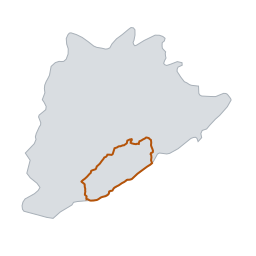 location of West Bosnia within Bosnia and Herzegovina, rotated 278°
{"feature_id": "BIH-2224", "entity_name": "West Bosnia", "entity_type": "Canton", "adm_level": 1, "iso_a3": "BIH", "parent_name": "Bosnia and Herzegovina", "parent_adm1": "", "projection": "orthographic", "projection_center": [16.924, 43.992], "detail": "fine", "context": "in_parent", "style": "outline", "palette": "amber", "viewbox_px": 256, "rotation_deg": 278, "n_neighbors": 0, "source": "natural_earth", "source_scale": "10m", "svg_char_len": 3444}
<svg xmlns="http://www.w3.org/2000/svg" viewBox="0 0 256 256"><g transform="rotate(278 128 128)"><path d="M213.8,56.7L214.3,58.3L213.3,64.0L211.3,70.1L207.9,76.6L204.4,82.6L203.5,85.8L203.4,90.8L203.0,94.8L203.6,96.9L204.9,98.9L209.0,100.4L214.7,104.2L219.6,109.2L225.9,114.9L227.9,117.0L227.9,119.4L226.2,121.2L221.0,122.0L215.6,121.7L213.5,121.1L211.6,121.9L210.4,123.3L211.1,124.8L216.9,131.8L223.7,141.9L224.2,146.2L223.5,149.7L222.0,152.2L219.3,151.9L217.2,150.0L214.1,150.3L211.7,150.9L208.6,154.7L207.0,154.5L204.3,155.2L202.6,155.9L199.9,154.9L197.0,154.3L195.8,155.5L195.3,157.6L197.2,161.5L200.6,167.6L200.2,172.4L197.7,172.9L195.3,169.1L193.2,168.5L190.9,168.7L185.6,173.3L181.7,177.3L180.9,180.0L179.5,182.9L179.1,185.0L179.3,192.0L172.2,193.3L170.7,194.4L169.9,196.5L170.7,205.5L171.3,210.4L175.6,217.8L175.8,220.1L175.2,221.7L172.3,224.7L171.0,225.8L170.0,226.2L165.2,224.3L162.9,223.4L153.2,217.0L148.9,213.3L142.2,208.6L138.0,206.0L135.9,201.8L132.6,200.9L128.7,202.3L124.3,199.3L127.4,197.7L128.2,196.3L127.8,194.3L126.4,191.7L114.5,180.5L108.7,172.8L107.7,170.0L107.6,162.6L106.3,160.8L97.7,157.5L88.0,147.9L78.2,138.5L76.8,135.8L71.8,128.7L65.6,122.2L60.7,118.0L56.7,113.3L52.3,106.7L50.1,96.7L48.1,87.9L46.8,84.4L44.0,83.2L35.4,72.6L28.1,66.4L28.2,59.9L29.6,48.9L31.1,36.5L32.9,34.8L36.3,33.9L40.1,34.3L43.4,35.9L49.9,44.5L53.7,47.8L56.9,49.1L60.6,45.6L65.1,38.1L69.1,34.1L82.4,35.6L88.9,29.8L99.5,37.4L103.9,38.5L106.3,37.5L109.7,37.9L117.1,40.1L118.8,41.0L121.1,40.9L126.5,37.9L128.4,38.2L134.7,44.0L137.9,44.0L141.7,41.4L144.1,39.2L151.3,40.8L155.4,39.7L158.9,39.6L162.6,40.5L166.0,41.8L169.3,42.9L178.3,43.3L182.6,46.9L184.4,50.5L184.5,52.6L185.0,55.0L187.5,57.2L192.9,58.4L196.3,58.0L198.1,57.8L202.6,55.6L208.0,54.4L211.9,55.5L213.8,56.7Z" fill="#d9dde1" stroke="#a8b0b8" stroke-width="1"/><path d="M60.7,118.2L60.2,118.1L59.7,117.8L59.1,117.4L58.1,116.3L57.3,115.1L56.2,112.2L55.5,110.9L53.2,108.4L52.4,107.2L51.4,104.0L51.0,101.8L50.9,100.7L51.1,99.9L51.6,98.7L51.8,98.1L52.0,96.9L51.9,96.8L52.3,96.7L52.8,96.4L54.1,96.6L54.8,96.3L55.1,95.7L55.9,94.6L57.1,94.5L59.0,94.6L60.1,94.3L61.9,94.1L63.6,93.4L66.2,92.9L67.0,91.8L68.2,89.6L68.6,89.4L70.2,90.7L71.6,92.2L73.9,94.1L77.0,96.2L78.5,97.4L79.7,97.4L80.5,97.6L81.1,98.5L81.8,99.9L82.7,101.7L84.6,102.3L85.6,102.4L86.8,103.5L88.8,105.1L91.5,106.5L94.0,108.0L95.5,108.6L96.4,110.2L97.6,111.0L98.7,111.3L99.0,113.2L99.1,115.5L99.9,116.4L101.3,116.7L106.1,117.5L106.5,118.4L107.4,120.1L108.4,121.1L108.7,121.9L108.8,122.9L109.4,124.0L109.5,124.3L110.0,124.9L110.3,126.4L110.9,127.0L111.8,128.0L112.7,128.9L114.0,129.0L115.4,129.1L116.9,131.4L117.2,132.5L117.3,132.7L117.6,133.8L117.6,133.7L116.0,133.2L115.1,132.6L113.7,132.7L113.6,133.1L113.3,133.9L113.2,135.3L113.1,135.8L113.1,137.2L113.1,138.2L113.7,139.2L113.7,140.1L113.7,140.9L114.3,140.9L115.0,140.9L116.5,141.2L117.3,142.7L119.0,144.7L119.7,145.9L120.3,146.5L121.1,147.3L121.1,147.7L121.1,148.4L120.9,150.0L120.1,150.9L119.4,152.3L118.2,152.7L116.4,153.1L115.0,153.1L113.8,153.3L112.1,154.2L110.8,155.0L108.9,155.9L107.5,155.9L106.9,155.2L106.6,154.4L105.3,154.0L104.5,154.7L102.1,155.3L99.4,155.3L98.9,155.5L96.5,156.7L94.8,155.2L92.3,152.2L84.0,143.7L78.1,139.0L77.4,137.8L76.9,136.3L76.8,135.0L76.4,134.0L74.2,132.0L72.5,129.6L70.0,126.9L68.5,124.7L67.9,123.9L67.1,122.9L66.2,122.2L63.9,121.3L63.5,120.5L63.3,119.4L62.6,118.3L62.1,118.1L60.7,118.2Z" fill="none" stroke="#b45309" stroke-width="2"/></g></svg>